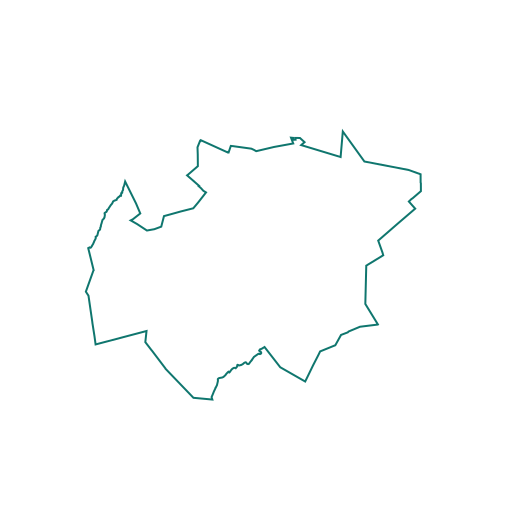 outline of Umzingwane, Matabeleland South, Zimbabwe, rotated 58°
{"feature_id": "62879985B43566873745809", "entity_name": "Umzingwane", "entity_type": "district", "adm_level": 2, "iso_a3": "ZWE", "parent_name": "Zimbabwe", "parent_adm1": "Matabeleland South", "projection": "albers", "projection_center": [28.89, -20.328], "detail": "fine", "context": "isolated", "style": "outline", "palette": "teal", "viewbox_px": 512, "rotation_deg": 58, "n_neighbors": 0, "source": "geoboundaries", "source_scale": "gbopen_adm2", "svg_char_len": 4500}
<svg xmlns="http://www.w3.org/2000/svg" viewBox="0 0 512 512"><g transform="rotate(58 256 256)"><path d="M354.6,369.1L352.3,368.5L352.1,368.4L350.5,366.1L348.3,363.1L348.2,362.9L348.1,362.7L346.4,360.1L346.2,360.0L346.2,359.9L346.1,359.6L344.8,357.5L344.7,357.4L344.5,357.2L341.9,354.6L341.6,354.4L341.3,354.2L341.1,354.1L340.8,354.0L340.7,353.9L340.4,353.7L340.2,353.6L340.1,353.4L340.0,353.2L340.0,352.1L340.0,351.9L341.0,349.4L341.1,349.2L341.3,347.9L341.3,347.5L340.9,345.5L340.9,345.4L340.6,344.4L340.3,343.9L339.6,341.3L339.6,340.6L340.6,340.4L340.6,340.0L340.2,339.0L340.2,338.9L340.1,338.7L339.9,338.4L339.5,337.3L339.4,336.9L339.3,336.7L339.1,335.4L339.1,335.2L339.2,334.0L339.3,333.8L339.9,332.9L340.2,332.4L340.3,332.4L340.2,332.1L340.1,331.6L340.0,331.3L340.0,331.2L339.9,331.0L339.8,330.9L339.6,330.6L339.5,330.4L339.4,330.3L339.3,330.2L338.8,329.9L338.7,329.8L338.5,329.5L338.5,329.3L338.6,329.2L338.8,329.1L339.0,329.1L339.1,328.9L339.3,328.8L339.3,328.7L339.5,328.6L339.8,328.4L339.9,328.2L340.1,327.9L340.2,327.5L340.3,327.0L340.5,326.6L340.5,326.3L340.6,326.1L340.6,325.7L340.7,324.6L340.4,322.8L340.4,322.5L340.4,322.2L340.6,321.2L340.9,320.9L341.2,320.8L342.7,320.7L342.8,320.6L343.1,320.4L343.4,320.1L343.5,320.0L343.6,319.5L343.7,319.1L343.6,318.9L343.4,318.4L342.7,316.7L342.2,314.9L342.1,314.7L342.0,314.8L340.5,311.2L340.2,305.8L341.3,304.6L341.4,303.5L341.0,302.9L339.6,302.7L339.0,303.4L337.9,303.4L337.3,302.1L337.7,300.3L337.7,297.0L363.2,294.4L388.5,280.8L384.9,275.0L379.0,265.6L372.8,255.2L370.9,252.2L373.7,236.0L368.0,225.7L369.4,218.6L369.1,217.5L371.1,205.3L378.7,189.0L378.7,188.9L354.6,188.7L322.6,167.6L322.8,147.7L320.0,146.9L307.7,144.2L303.7,119.0L300.2,95.9L290.8,97.5L290.0,93.7L290.1,93.0L288.4,81.8L281.6,77.6L281.0,77.5L273.9,73.1L263.9,81.0L233.3,114.0L196.4,116.4L216.9,131.8L185.9,158.9L185.6,157.2L185.2,154.5L179.2,156.2L176.7,160.1L178.3,160.8L177.2,162.8L175.5,161.9L174.2,163.6L180.3,164.8L173.1,182.9L167.2,200.3L165.9,201.0L165.6,201.1L164.3,201.9L162.6,203.0L162.4,203.2L151.4,216.4L151.2,216.6L149.3,219.0L153.6,224.3L153.0,224.7L153.2,225.1L128.6,241.4L129.1,242.1L128.7,242.4L132.8,248.0L139.2,251.7L149.0,257.7L151.0,270.7L151.1,271.7L162.3,268.3L166.3,267.1L166.4,267.6L169.4,266.7L172.8,266.1L175.6,264.7L180.0,276.8L182.3,283.9L178.4,296.1L175.3,306.6L173.4,312.9L180.9,320.8L179.4,328.0L176.6,335.0L165.9,339.9L159.4,343.4L159.6,341.0L158.6,331.6L147.9,329.9L123.5,327.5L126.5,330.6L127.4,332.0L127.6,332.2L127.8,332.5L129.2,333.5L129.5,333.7L130.3,335.1L130.5,335.4L131.2,335.8L131.3,335.8L131.5,336.0L131.5,336.3L131.4,336.5L131.3,336.9L131.3,337.0L133.0,338.2L133.4,338.7L132.8,339.3L133.3,340.6L133.1,341.1L133.1,341.3L133.2,341.5L133.3,341.8L133.3,342.0L133.4,342.3L133.5,342.7L133.6,342.8L133.6,343.0L133.7,343.3L133.8,343.6L134.1,344.1L134.4,344.3L134.5,344.4L134.4,345.0L134.3,345.6L134.2,345.9L134.2,346.0L134.0,346.5L134.0,346.9L134.0,347.0L134.0,348.3L134.2,348.6L134.6,349.1L134.7,349.3L134.9,349.6L135.1,349.9L135.1,350.0L135.4,350.5L135.5,351.0L135.7,351.5L135.8,351.9L135.8,352.0L137.5,355.7L137.6,355.9L137.7,356.0L137.9,356.3L138.1,356.7L138.1,356.8L138.1,357.0L138.0,357.4L138.0,357.8L138.3,358.1L138.5,358.4L138.9,358.7L139.2,359.2L139.2,359.4L139.2,359.6L139.3,359.7L139.3,360.0L139.3,361.3L139.3,361.5L139.7,361.9L139.9,362.0L140.3,362.1L140.5,362.2L141.0,362.3L142.7,363.8L142.9,364.0L143.0,364.1L143.0,364.3L143.2,364.5L143.5,364.8L143.6,365.0L143.7,365.5L144.0,366.7L144.0,366.8L144.1,367.1L146.1,369.3L146.3,369.5L146.5,369.7L147.1,370.5L147.3,370.7L147.6,371.0L147.8,371.2L147.9,371.4L148.1,371.5L148.5,371.7L148.8,372.1L149.0,372.3L149.2,372.6L149.3,372.7L149.4,373.0L149.8,373.3L150.1,373.5L150.7,374.0L150.9,374.3L151.0,374.5L151.1,375.2L151.1,375.3L151.1,375.8L151.3,376.4L154.3,379.5L154.5,379.9L154.5,380.0L154.7,380.6L154.7,380.9L154.7,381.0L154.7,381.3L154.7,381.5L154.8,381.5L155.0,381.8L155.1,382.0L155.3,382.1L155.8,382.3L156.3,382.9L156.5,383.2L156.6,383.3L157.5,385.0L157.8,385.4L157.9,385.6L158.1,385.7L158.9,387.0L159.2,387.3L159.4,387.6L159.5,387.8L159.6,388.0L159.7,388.3L160.2,389.2L160.5,389.7L160.5,389.9L160.7,390.1L161.2,391.2L161.3,391.4L161.3,391.7L161.2,392.2L161.1,392.3L160.5,392.6L160.4,394.1L182.0,401.2L182.0,401.3L182.1,401.5L196.1,419.2L200.9,419.1L225.7,430.0L225.8,430.1L238.7,435.6L246.0,438.9L261.6,388.6L270.4,395.5L280.7,394.5L281.1,394.4L285.6,394.0L303.3,392.4L303.6,392.5L343.1,384.2L354.6,369.1L354.6,369.1Z" fill="none" stroke="#0f766e" stroke-width="2"/></g></svg>